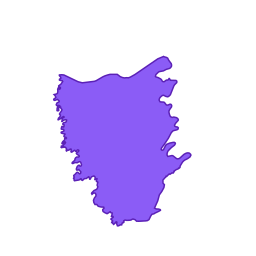 outline of Phon Sai, Roi Et, Thailand, rotated 231°
{"feature_id": "78962969B54867067631635", "entity_name": "Phon Sai", "entity_type": "district", "adm_level": 2, "iso_a3": "THA", "parent_name": "Thailand", "parent_adm1": "Roi Et", "projection": "equal_earth", "projection_center": [103.938, 15.482], "detail": "fine", "context": "isolated", "style": "filled", "palette": "violet", "viewbox_px": 256, "rotation_deg": 231, "n_neighbors": 0, "source": "geoboundaries", "source_scale": "gbopen_adm2", "svg_char_len": 5703}
<svg xmlns="http://www.w3.org/2000/svg" viewBox="0 0 256 256"><g transform="rotate(231 128 128)"><path d="M123.0,53.9L122.4,54.1L121.2,53.2L120.7,53.2L118.5,57.1L118.3,57.9L118.4,59.1L118.2,59.5L117.8,59.6L117.0,59.1L115.9,59.7L116.1,62.3L115.0,63.8L114.9,66.7L114.5,66.9L112.4,66.0L112.1,66.2L112.1,66.8L112.8,68.1L113.0,69.0L112.3,71.1L111.7,71.5L110.4,71.5L109.5,70.7L109.0,69.9L108.8,69.8L108.4,70.3L108.4,71.8L108.2,72.0L107.8,71.7L106.7,70.0L106.1,69.9L105.2,70.5L104.8,70.4L103.2,68.2L102.6,67.8L101.5,67.7L100.7,66.7L100.1,65.1L100.8,62.2L100.4,59.0L100.1,58.5L99.1,58.3L99.1,60.3L98.3,61.3L97.7,61.5L96.4,61.2L95.3,60.2L94.7,57.7L93.6,55.7L91.7,54.6L89.3,54.2L88.2,55.6L85.9,55.6L83.6,57.3L81.8,59.3L80.8,58.9L80.6,58.3L80.6,57.1L79.5,56.3L78.7,56.1L76.8,56.7L74.6,57.8L74.3,59.6L74.3,61.1L74.1,61.5L72.9,61.4L71.8,62.2L70.8,61.1L69.8,59.5L69.4,59.7L68.8,60.6L68.1,60.5L67.9,60.0L68.1,58.1L68.0,57.4L65.5,57.6L65.2,57.2L65.1,56.1L64.8,55.8L64.3,56.5L63.4,56.1L62.1,56.2L62.3,58.4L62.6,59.4L62.2,60.1L61.7,60.0L61.0,59.0L58.6,58.2L58.0,59.0L57.8,59.9L57.6,60.2L57.6,61.1L56.7,62.1L57.8,63.8L57.3,64.9L57.4,65.6L57.6,65.8L58.0,65.6L58.6,66.4L58.3,67.8L57.0,68.9L55.3,71.2L54.6,72.4L54.4,74.0L54.0,74.7L52.3,75.8L50.2,76.0L48.6,77.9L44.7,83.3L43.8,84.8L43.6,86.7L45.3,90.3L45.9,92.3L45.0,94.1L44.9,95.3L43.9,99.5L43.6,101.4L44.1,101.7L44.5,101.6L45.8,100.7L47.3,99.0L49.1,98.2L52.7,105.3L56.3,110.3L57.4,114.3L59.1,118.4L61.0,120.6L63.1,120.5L65.5,122.3L66.1,125.5L66.0,126.4L66.6,127.1L66.0,127.9L66.3,128.6L66.2,129.8L66.4,130.9L66.1,131.4L65.6,131.5L65.4,134.0L64.6,134.6L64.7,135.5L65.0,135.8L65.1,136.5L65.5,136.6L65.3,139.3L64.7,141.2L64.6,141.9L64.9,142.1L64.6,142.5L64.8,142.9L64.6,143.5L65.7,144.7L67.2,148.9L67.4,150.5L67.4,151.8L66.7,154.9L66.5,158.0L67.3,159.8L68.1,160.1L69.8,159.9L70.9,159.0L71.5,158.1L72.0,156.7L72.3,154.8L72.0,149.9L72.1,148.4L72.8,147.1L73.6,146.5L78.3,145.4L79.0,144.7L80.8,141.1L82.0,141.2L83.2,141.9L84.3,143.3L84.9,144.5L85.2,146.6L85.5,149.4L85.4,153.3L85.7,154.2L86.1,155.0L86.6,155.3L87.8,154.9L88.5,153.9L90.0,151.0L91.0,147.7L90.8,146.3L88.8,141.9L89.2,140.5L90.3,140.2L91.3,141.3L92.5,146.0L94.6,152.8L97.1,158.6L97.4,160.4L97.4,161.5L95.8,164.9L95.7,165.6L95.7,166.3L96.5,167.2L97.6,167.1L98.7,166.1L99.8,165.5L100.4,165.6L101.0,166.1L101.7,167.9L102.3,171.6L102.6,172.2L103.7,172.6L105.4,172.3L107.7,170.5L108.4,169.0L109.7,168.3L110.5,168.2L112.0,168.6L114.1,169.5L115.4,170.5L116.1,171.9L117.0,175.1L117.8,176.0L118.7,176.3L119.5,176.2L120.1,175.6L120.7,173.4L121.8,172.3L124.9,172.4L125.6,172.1L128.0,169.5L128.5,169.4L130.0,169.7L130.7,170.3L131.5,171.9L131.7,173.8L131.6,175.3L131.0,176.3L128.9,177.2L127.4,178.3L127.0,179.2L127.0,180.5L127.2,181.9L131.9,190.2L132.3,191.5L132.6,194.4L133.0,194.9L133.7,195.4L134.8,195.2L138.4,191.0L140.4,191.3L140.6,191.1L140.2,189.7L140.3,189.0L141.1,188.0L141.2,185.4L141.9,184.4L142.7,184.1L144.4,184.4L145.5,184.3L148.3,183.1L150.0,181.9L150.7,181.7L151.8,183.0L152.0,183.6L152.3,187.0L152.0,188.0L150.1,191.5L149.5,194.6L148.1,197.9L148.1,198.9L148.4,200.2L148.8,200.9L149.7,201.6L150.8,202.1L155.1,202.3L157.3,202.8L158.5,202.4L160.9,200.7L161.2,200.7L163.0,194.7L165.2,167.1L166.1,161.8L166.8,159.8L167.9,158.7L169.2,156.7L170.8,155.4L172.8,154.3L176.5,153.4L181.0,147.8L182.0,145.6L183.0,143.0L183.6,140.7L184.8,133.0L185.4,131.3L191.9,120.9L195.4,118.3L209.5,111.6L211.1,110.0L212.4,108.1L211.9,107.6L210.1,107.7L209.1,107.3L208.9,106.9L209.0,105.4L208.4,104.9L207.6,105.3L206.1,106.7L205.2,106.5L204.3,103.5L204.4,100.7L203.9,100.3L202.0,100.9L201.5,100.6L201.2,100.1L201.2,99.1L201.4,99.0L202.3,99.8L202.6,99.8L203.1,99.4L203.0,98.7L202.2,97.6L200.8,96.7L199.4,95.1L199.4,94.0L200.5,91.6L198.9,91.7L197.3,91.3L197.0,90.7L197.2,88.9L197.0,88.3L196.1,88.0L195.5,88.5L194.6,91.2L192.2,91.5L191.8,91.1L191.7,90.6L192.2,88.8L191.4,87.0L190.7,86.7L189.9,86.9L189.2,88.4L188.6,88.7L188.7,86.9L188.4,86.1L187.9,85.3L186.2,83.8L185.4,84.3L185.2,85.1L185.4,85.5L186.5,85.9L187.0,86.5L187.3,87.9L187.3,88.7L186.8,88.9L185.9,88.3L184.0,88.3L183.2,87.3L182.2,83.8L181.7,83.4L180.6,83.6L179.8,82.7L179.5,81.8L179.4,80.2L178.5,78.9L178.1,79.2L178.1,80.2L177.7,81.1L177.8,83.7L177.5,85.1L177.0,85.3L176.7,85.2L176.9,84.0L176.8,83.2L176.5,82.5L175.6,81.8L174.8,80.8L174.5,81.2L174.6,82.5L174.5,83.3L173.5,85.0L172.8,85.3L172.1,84.5L171.7,83.6L171.8,82.9L172.6,81.2L172.5,80.3L171.8,79.7L170.6,80.3L169.3,78.9L169.5,78.3L170.5,78.0L170.8,77.6L169.7,75.9L169.0,75.5L167.5,77.1L166.6,76.8L166.1,76.4L166.1,75.7L166.8,73.6L166.7,73.3L166.0,73.0L164.2,74.2L163.2,75.2L162.8,75.1L162.1,73.2L161.7,72.9L160.8,73.1L159.5,74.0L158.9,73.9L158.7,73.3L159.6,72.7L159.7,72.2L158.6,71.2L158.5,68.8L158.0,67.5L157.5,66.9L156.8,67.1L156.7,67.9L157.3,69.9L156.8,70.4L156.0,70.3L155.5,69.1L155.6,68.1L155.2,66.8L155.3,65.9L155.9,64.9L155.0,63.8L154.3,64.2L154.1,66.1L153.4,65.9L153.2,66.2L153.2,66.8L153.0,67.0L151.1,67.3L150.6,67.1L149.4,65.8L148.8,65.7L148.7,66.0L148.9,67.1L148.0,68.0L148.1,69.2L147.6,70.4L147.0,70.3L145.4,68.7L144.9,68.8L144.6,69.2L144.4,72.3L144.1,72.6L142.7,72.6L142.5,73.2L142.8,74.8L142.6,75.3L142.1,75.6L141.6,75.7L141.1,75.2L140.9,74.0L141.1,72.8L140.6,71.8L139.4,71.9L137.3,72.6L136.5,72.1L136.6,71.3L137.7,69.9L137.8,68.7L137.6,67.8L136.4,66.2L136.3,63.0L135.8,62.4L135.1,62.7L134.5,65.0L133.0,66.6L132.6,68.6L132.3,69.3L131.1,69.7L128.6,68.7L128.1,67.9L128.2,67.1L128.6,66.7L129.9,66.6L130.2,65.8L130.0,64.2L128.8,62.2L128.1,61.7L127.5,61.7L127.2,62.0L126.9,63.2L126.6,63.7L125.7,63.4L125.1,63.7L123.7,63.8L122.7,62.8L122.6,62.2L122.9,61.5L125.0,61.1L125.5,60.7L125.7,60.1L125.3,57.6L125.3,56.0L124.9,55.6L123.7,55.4L123.3,54.2L123.0,53.9Z" fill="#8b5cf6" stroke="#5b21b6" stroke-width="1.5"/></g></svg>